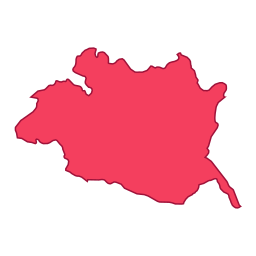 the District of Évora
{"feature_id": "PRT-744", "entity_name": "Évora", "entity_type": "District", "adm_level": 1, "iso_a3": "PRT", "parent_name": "Portugal", "parent_adm1": "", "projection": "mercator", "projection_center": [-7.866, 38.601], "detail": "fine", "context": "isolated", "style": "filled", "palette": "rose", "viewbox_px": 256, "rotation_deg": 0, "n_neighbors": 0, "source": "natural_earth", "source_scale": "10m", "svg_char_len": 3759}
<svg xmlns="http://www.w3.org/2000/svg" viewBox="0 0 256 256"><path d="M224.7,97.2L218.1,102.6L217.9,103.3L216.6,105.8L216.1,107.2L215.1,113.6L214.8,117.9L214.9,119.8L215.1,121.3L215.8,122.5L216.8,123.0L217.7,123.7L218.1,125.1L217.3,127.7L211.2,136.7L208.5,146.1L207.1,148.3L208.8,150.8L208.6,152.9L207.2,155.0L205.1,157.3L207.1,158.3L211.3,161.4L226.8,181.4L227.4,182.5L228.4,185.0L229.0,186.1L230.0,187.2L232.5,189.1L233.3,189.9L239.2,205.1L240.6,206.4L240.0,206.7L239.1,207.4L237.6,207.9L235.5,207.7L233.7,206.5L232.4,205.2L231.1,202.5L230.7,201.1L229.1,197.3L228.9,196.0L228.5,194.7L227.6,193.8L223.8,192.0L220.8,189.0L220.1,187.7L219.9,186.3L219.5,184.9L218.9,183.6L218.2,182.6L217.6,181.8L217.3,181.1L217.2,180.2L217.0,179.7L216.6,178.9L215.5,178.7L214.4,178.8L210.6,180.4L209.7,180.4L208.4,180.8L203.7,183.4L199.1,184.7L198.8,185.9L198.7,187.2L198.0,189.0L197.0,190.7L195.5,191.8L195.0,192.7L192.6,193.9L192.4,194.5L188.2,196.7L185.7,199.3L183.8,202.4L183.5,203.7L181.9,204.0L175.3,203.9L172.1,202.8L169.2,202.2L159.6,202.0L157.5,201.3L148.2,196.0L144.3,194.6L136.9,193.8L124.5,188.2L121.2,184.2L116.9,182.5L115.6,182.1L114.0,182.0L110.7,183.7L109.5,183.7L108.1,183.3L106.6,182.1L104.8,180.2L104.1,179.8L102.0,179.5L98.7,179.9L87.8,179.7L87.3,181.4L81.7,177.1L79.0,176.1L77.7,176.1L76.3,175.9L75.0,175.4L71.9,173.6L69.9,172.0L66.7,170.7L65.8,170.3L65.8,168.8L68.2,164.6L68.7,161.3L68.0,159.8L66.9,159.0L64.8,158.1L64.1,157.0L64.1,156.0L64.7,155.4L64.8,154.3L62.8,149.1L62.7,148.0L62.5,147.4L62.5,147.2L61.8,146.0L59.8,144.0L57.0,140.5L55.7,139.9L53.0,140.5L49.6,142.7L47.5,143.5L43.3,143.6L41.5,142.9L40.1,142.0L39.3,141.1L38.8,140.1L37.8,139.4L36.4,139.2L35.9,139.9L36.1,140.9L36.4,142.1L36.2,143.0L35.3,143.6L31.7,142.4L27.4,141.8L21.8,138.4L17.4,137.8L16.6,133.2L16.1,131.8L15.5,130.5L15.4,128.8L15.5,127.3L20.8,120.5L33.0,111.9L35.4,109.0L36.5,107.3L36.8,104.9L36.7,103.7L38.2,100.7L37.9,98.8L37.0,98.2L30.9,97.1L37.9,91.1L44.4,89.8L45.9,88.7L48.9,85.6L50.5,85.2L52.1,85.4L53.3,85.1L54.1,84.6L54.7,83.9L55.4,82.9L55.7,81.8L56.1,80.9L57.0,80.8L59.6,81.8L61.5,82.0L63.2,81.3L64.6,81.3L65.4,81.5L66.2,81.0L66.5,80.1L67.2,79.3L68.1,79.3L69.1,80.0L73.1,84.2L74.4,85.2L79.0,86.1L80.5,86.7L81.4,87.7L82.0,88.8L82.2,89.9L82.7,90.7L83.6,90.8L84.3,90.6L85.0,91.1L85.8,93.4L86.4,94.4L88.8,95.7L91.4,93.2L92.2,90.6L91.9,88.9L91.0,87.9L89.7,87.4L88.6,87.2L86.2,84.6L85.3,83.0L85.3,81.5L86.1,78.3L85.4,76.9L84.8,76.3L83.0,76.0L75.4,72.6L74.4,71.9L73.2,70.9L72.9,69.4L73.4,68.1L74.3,67.1L75.1,65.9L75.7,64.3L76.0,62.3L76.1,59.2L76.6,57.5L77.3,56.3L78.0,56.1L80.0,56.0L80.9,55.3L82.2,53.0L85.1,50.3L87.5,49.3L88.6,48.6L89.7,48.3L93.8,48.1L96.0,49.0L96.0,50.0L95.6,51.1L95.0,53.7L95.7,56.2L96.7,57.3L97.5,57.0L97.9,55.9L97.9,54.7L98.2,53.7L98.3,53.3L98.4,53.1L98.6,53.0L100.3,52.3L102.5,52.0L103.8,52.4L104.6,52.8L104.7,53.0L108.0,56.5L108.4,58.1L108.5,60.9L108.4,63.0L108.9,63.4L112.4,63.9L113.7,63.6L114.9,63.0L116.0,62.1L116.8,61.0L119.2,59.3L122.3,58.8L124.0,60.0L130.6,69.1L134.8,72.0L136.3,72.2L137.9,72.2L139.2,72.1L142.3,72.2L147.0,70.5L148.5,69.0L150.8,66.1L152.0,66.2L154.2,67.5L155.4,67.9L156.9,67.1L158.3,67.1L159.8,67.3L163.0,68.6L164.2,68.4L165.0,68.0L165.6,67.3L166.3,66.0L167.3,64.5L169.4,62.8L171.5,62.1L174.6,61.4L176.8,60.5L178.2,59.5L178.8,58.3L178.8,57.0L178.3,56.0L177.2,54.5L179.2,53.1L179.9,53.1L180.3,53.1L180.5,53.1L181.2,54.9L187.1,57.3L189.4,59.6L190.4,61.5L190.7,64.8L191.1,65.9L191.2,67.9L194.4,70.8L195.5,74.6L195.9,77.0L198.0,80.1L197.2,83.0L198.2,84.4L200.1,88.0L201.5,89.2L203.6,90.6L206.2,90.6L206.9,90.8L209.1,90.1L212.0,86.9L215.2,84.3L219.6,82.8L222.2,82.7L224.0,83.5L225.8,84.7L226.3,86.0L226.4,88.6L226.2,89.8L224.0,93.2L223.7,94.2L223.6,95.9L224.6,97.2L224.7,97.2Z" fill="#f43f5e" stroke="#9f1239" stroke-width="1.5"/></svg>